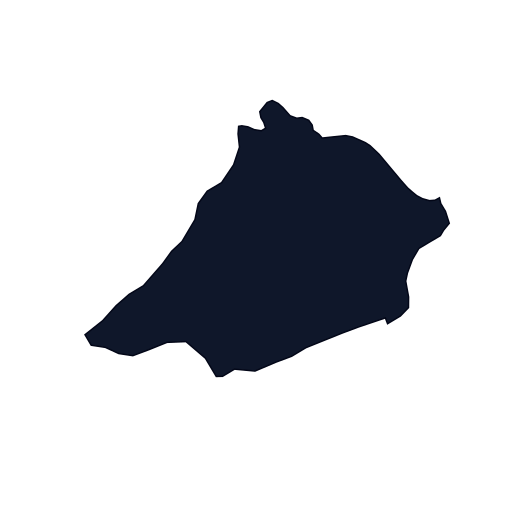 the district of Sinwon, Hwanghae-namdo, North Korea, rotated 329°
{"feature_id": "82179303B41250986640334", "entity_name": "Sinwon", "entity_type": "district", "adm_level": 2, "iso_a3": "PRK", "parent_name": "North Korea", "parent_adm1": "Hwanghae-namdo", "projection": "equal_earth", "projection_center": [125.777, 38.209], "detail": "fine", "context": "isolated", "style": "filled", "palette": "ink", "viewbox_px": 512, "rotation_deg": 329, "n_neighbors": 0, "source": "geoboundaries", "source_scale": "gbopen_adm2", "svg_char_len": 1185}
<svg xmlns="http://www.w3.org/2000/svg" viewBox="0 0 512 512"><g transform="rotate(329 256 256)"><path d="M443.2,300.6L438.2,300.4L433.2,297.9L428.2,292.6L424.8,287.0L422.9,281.6L421.0,275.7L419.1,265.4L413.9,232.2L410.6,220.3L408.2,215.3L400.1,203.7L394.9,199.0L380.0,192.0L373.5,189.0L372.6,184.0L369.7,177.7L371.6,172.7L371.1,166.8L366.9,161.1L361.9,158.9L357.4,153.3L355.5,142.7L353.6,136.7L350.0,131.1L344.6,130.2L333.6,134.2L331.5,139.9L331.5,145.5L330.1,151.4L325.1,151.4L319.6,146.8L315.6,141.1L310.9,137.1L307.9,135.9L303.5,142.1L297.9,154.2L283.8,166.3L264.3,175.4L247.6,175.3L233.6,181.3L222.4,193.4L200.0,205.5L186.1,208.5L172.1,214.5L144.2,223.5L127.5,223.5L124.8,224.0L110.7,226.5L91.2,232.5L68.9,235.4L68.8,247.6L79.8,256.7L88.1,268.9L99.1,278.0L115.8,281.1L135.3,284.2L151.9,293.3L160.0,317.6L159.9,338.8L165.4,341.9L179.3,341.9L195.9,354.1L218.2,357.2L234.9,360.3L251.6,360.3L271.1,363.4L290.5,366.5L307.2,369.6L335.0,375.7L333.9,381.8L348.9,381.8L360.1,378.8L365.7,369.7L371.4,354.6L377.1,348.5L388.3,339.5L399.5,333.4L410.6,333.4L424.5,333.5L430.1,330.5L438.5,327.5L441.4,315.3L441.4,306.2L443.2,300.6Z" fill="#0f172a" stroke="#020617" stroke-width="1.5"/></g></svg>